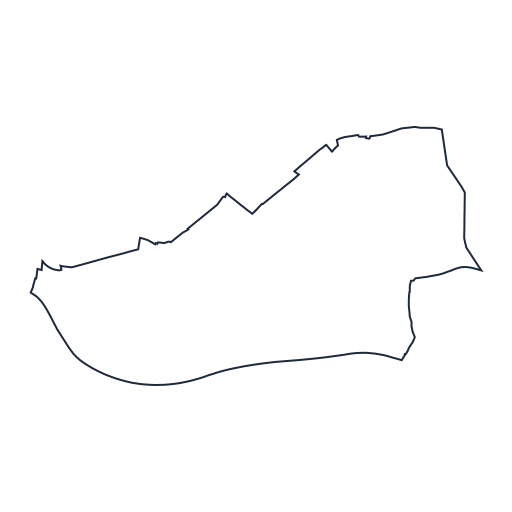 Heumen, Gelderland, Netherlands
{"feature_id": "6326949B5926695823703", "entity_name": "Heumen", "entity_type": "district", "adm_level": 2, "iso_a3": "NLD", "parent_name": "Netherlands", "parent_adm1": "Gelderland", "projection": "orthographic", "projection_center": [5.824, 51.781], "detail": "fine", "context": "isolated", "style": "outline", "palette": "slate", "viewbox_px": 512, "rotation_deg": 0, "n_neighbors": 0, "source": "geoboundaries", "source_scale": "gbopen_adm2", "svg_char_len": 5866}
<svg xmlns="http://www.w3.org/2000/svg" viewBox="0 0 512 512"><path d="M30.7,292.6L37.0,296.8L41.3,301.4L44.2,305.4L46.7,309.5L48.9,313.4L53.3,321.8L55.0,325.1L57.3,329.5L68.6,347.2L70.9,350.4L73.3,353.6L76.5,357.0L80.5,360.5L84.5,363.3L88.4,365.8L92.4,368.2L96.4,370.3L100.4,372.3L104.3,374.1L108.3,375.7L112.3,377.2L116.3,378.6L120.3,379.8L124.2,380.9L128.2,381.9L132.2,382.8L136.2,383.4L140.2,384.0L144.2,384.4L148.2,384.7L152.1,384.9L156.1,385.0L160.1,384.9L164.1,384.8L168.1,384.5L172.1,384.1L176.1,383.6L180.1,383.0L184.1,382.2L188.1,381.4L192.1,380.4L196.1,379.3L200.0,378.2L204.0,376.9L208.0,375.4L212.0,374.2L216.0,372.9L220.0,371.7L224.0,370.6L228.0,369.6L232.0,368.7L236.0,367.9L240.0,367.1L244.0,366.3L252.0,365.0L256.0,364.4L260.0,363.8L264.0,363.3L268.0,362.8L275.9,361.9L291.9,360.6L295.9,360.3L303.9,359.6L311.9,358.8L315.8,358.4L323.8,357.5L327.8,357.0L335.8,355.9L339.8,355.4L340.9,355.2L343.8,354.8L347.8,354.1L351.8,353.5L355.8,353.1L359.8,352.9L363.7,352.8L367.7,352.9L371.7,353.3L375.7,353.7L379.7,354.4L383.7,355.1L387.7,356.1L391.6,357.3L399.6,359.5L401.7,360.2L405.1,354.7L404.8,354.4L404.7,354.3L404.8,354.0L405.4,353.9L405.8,353.8L406.0,353.7L406.3,353.4L406.5,352.9L407.1,351.9L407.7,350.9L408.0,350.1L408.3,349.4L408.5,348.8L408.8,348.3L409.1,347.6L409.5,347.0L410.3,345.7L411.0,344.6L411.7,343.6L412.0,343.1L412.2,342.9L412.5,342.6L412.7,342.2L412.8,341.9L413.1,341.2L414.6,337.7L414.8,337.1L414.1,335.3L413.4,333.7L413.0,332.7L412.4,330.6L411.9,328.3L411.9,328.1L411.8,327.5L411.7,327.2L411.7,326.7L411.4,325.8L411.6,323.9L411.5,322.7L411.5,322.2L411.2,320.7L410.9,320.0L410.7,319.3L410.2,318.0L410.0,317.4L409.8,316.5L409.7,315.2L409.5,312.5L409.1,309.1L408.9,306.8L408.8,306.0L408.8,300.6L409.0,296.2L409.4,291.7L409.7,292.6L409.7,292.4L409.7,291.6L409.8,290.6L409.8,289.7L409.8,287.9L409.8,285.7L411.0,280.8L413.7,280.6L414.5,279.3L415.4,278.3L417.8,278.0L426.3,276.9L427.6,276.7L439.6,274.5L440.6,274.1L443.0,273.5L448.0,271.6L451.4,270.5L454.3,269.2L455.8,268.7L456.3,268.5L456.5,268.5L456.8,268.4L457.6,268.1L458.2,267.9L459.1,267.7L460.1,267.5L461.1,267.3L461.3,267.3L461.9,267.1L463.2,267.1L464.5,267.0L466.7,267.1L467.4,267.1L468.0,267.2L469.5,267.5L470.5,267.6L471.6,267.8L472.3,268.0L472.9,268.1L475.5,268.8L476.4,269.0L477.1,269.2L478.2,269.6L479.5,269.9L481.3,270.4L479.6,267.9L479.3,267.5L478.7,266.6L477.9,265.3L477.4,264.5L476.0,262.4L474.7,260.5L473.5,258.6L472.8,257.5L472.5,257.1L471.8,256.0L471.0,254.8L470.6,254.1L470.4,253.8L469.9,253.0L468.8,251.4L468.0,250.1L467.8,249.9L466.6,248.0L466.3,247.6L466.3,247.4L465.9,245.7L465.6,244.5L465.3,243.3L464.8,241.2L464.6,240.2L464.5,239.7L464.3,238.6L464.3,238.3L464.2,238.0L464.2,237.5L464.2,236.1L464.2,235.2L464.4,227.2L464.4,226.0L464.5,213.4L464.6,210.2L464.6,207.3L464.7,199.4L464.8,192.5L461.1,186.0L460.5,185.2L452.7,173.6L447.1,165.4L444.3,146.4L442.3,133.0L441.8,129.5L434.1,127.8L422.8,127.8L421.7,127.8L421.2,127.8L420.8,127.8L419.9,127.7L418.4,127.5L416.1,127.1L415.0,127.0L413.9,127.0L413.1,127.1L410.7,127.4L402.3,128.3L402.1,128.3L401.3,128.5L401.0,128.6L383.6,134.3L382.4,134.6L381.8,134.7L381.5,134.7L372.4,136.0L370.4,136.1L370.0,137.2L369.8,137.6L369.6,138.3L369.5,138.5L369.3,138.5L368.5,138.6L365.8,138.0L366.1,136.5L363.1,136.7L359.1,136.7L358.3,135.6L358.3,135.2L356.8,135.1L353.0,135.9L349.2,136.4L346.4,136.8L344.2,137.2L339.7,138.6L336.8,139.9L336.8,140.0L336.9,140.4L337.3,142.1L337.9,145.0L337.9,145.7L336.7,146.6L335.0,148.3L333.6,149.8L332.2,151.6L331.8,151.5L331.7,151.3L330.1,149.4L326.3,144.9L324.9,145.6L324.9,145.9L324.3,146.3L323.3,147.1L322.2,148.0L321.7,148.3L319.9,149.5L315.7,153.1L311.7,156.5L309.6,158.4L307.6,160.0L301.1,165.5L298.9,167.4L297.1,169.0L294.4,171.3L295.6,172.3L297.9,173.9L298.4,174.2L298.7,174.4L298.8,174.4L298.9,174.5L298.3,175.0L297.5,175.7L296.8,176.4L296.0,177.1L294.8,178.2L294.1,178.8L290.4,181.8L289.7,182.4L289.5,182.5L286.7,184.7L279.9,190.2L278.5,191.3L272.5,196.1L271.6,196.9L269.0,199.0L263.2,203.7L263.0,203.8L262.7,204.1L262.4,204.0L262.1,203.9L261.9,204.0L261.6,204.2L260.7,205.1L258.5,207.5L258.3,207.7L257.6,208.5L256.8,209.4L255.9,210.3L254.9,211.4L254.8,211.5L254.7,211.5L254.7,211.4L252.6,213.5L252.3,213.8L246.7,209.6L243.6,207.1L240.7,204.9L238.5,203.1L234.4,199.8L234.1,199.6L232.9,198.6L231.9,197.8L230.4,196.7L230.2,196.5L226.8,193.5L226.5,193.8L226.0,194.6L225.7,195.4L225.2,197.0L224.3,196.8L223.0,196.8L216.9,205.1L216.7,205.2L216.6,205.3L216.4,205.4L213.1,208.1L187.7,228.7L188.3,229.5L185.8,231.0L185.0,231.4L183.1,232.4L181.6,233.5L180.9,234.2L179.7,235.1L177.7,236.6L177.3,236.9L177.2,237.1L175.0,238.8L173.0,240.5L171.3,241.8L171.0,242.1L170.9,242.2L170.5,242.0L170.1,241.9L169.8,241.8L169.6,241.7L168.9,241.7L168.7,241.7L168.0,241.8L165.5,242.7L164.9,242.9L164.1,243.0L163.7,243.0L161.0,242.7L158.0,242.4L157.9,242.5L157.1,243.9L155.9,243.1L155.2,244.3L152.6,242.8L151.4,242.1L150.4,241.6L149.3,240.9L147.7,240.1L146.0,239.5L144.6,239.1L143.1,238.6L141.6,238.2L140.1,237.8L139.7,240.0L139.4,241.8L139.3,242.4L138.5,247.3L138.2,249.3L136.3,249.8L129.1,251.7L125.3,252.8L121.3,253.9L119.8,254.3L115.9,255.3L107.7,257.4L105.3,258.1L99.8,259.6L97.0,260.4L94.7,261.0L93.1,261.5L92.8,261.6L92.6,261.6L89.5,262.5L82.9,264.3L80.8,264.9L79.4,265.2L78.2,265.6L77.1,265.9L74.4,266.6L72.7,267.1L72.3,267.2L72.0,267.2L71.4,267.3L71.1,267.2L68.8,267.0L65.2,266.6L63.0,266.3L62.2,266.2L61.8,266.1L61.1,266.0L60.6,265.8L61.3,268.9L61.5,269.8L59.8,270.3L59.5,270.3L58.6,270.3L57.2,270.1L55.1,269.7L53.9,269.4L53.0,269.1L50.8,268.1L49.5,267.5L48.2,266.7L47.7,266.3L47.1,265.9L46.1,265.1L45.7,264.8L44.9,264.0L44.3,263.4L43.8,262.7L43.3,262.2L42.6,261.2L42.4,261.0L41.6,269.7L41.6,270.0L39.7,269.5L37.5,268.9L37.0,272.5L36.6,275.8L36.2,278.5L35.3,278.3L34.3,281.7L33.2,285.5L33.1,286.0L33.1,287.0L32.6,288.0L32.1,289.3L31.5,290.7L30.7,292.6Z" fill="none" stroke="#1e293b" stroke-width="2"/></svg>